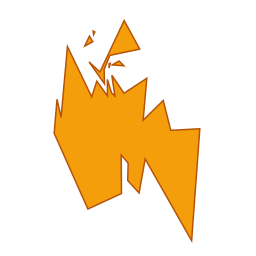 SVG path tracing the border of Highland, rotated 95°
{"feature_id": "GBR-2745", "entity_name": "Highland", "entity_type": "Unitary District", "adm_level": 1, "iso_a3": "GBR", "parent_name": "United Kingdom", "parent_adm1": "", "projection": "natural_earth1", "projection_center": [-5.279, 57.587], "detail": "coarse", "context": "isolated", "style": "filled", "palette": "amber", "viewbox_px": 256, "rotation_deg": 95, "n_neighbors": 0, "source": "natural_earth", "source_scale": "10m", "svg_char_len": 737}
<svg xmlns="http://www.w3.org/2000/svg" viewBox="0 0 256 256"><g transform="rotate(95 128 128)"><path d="M105.6,201.2L123.3,195.6L52.2,195.4L100.1,166.9L84.1,163.1L97.8,151.3L81.4,152.8L94.4,147.5L97.4,143.8L76.9,148.7L93.7,135.0L76.8,113.6L118.9,113.6L97.5,95.3L126.6,85.2L122.5,56.4L234.7,54.8L157.4,108.2L191.8,111.3L180.4,123.7L163.0,124.8L155.5,132.4L193.8,128.8L212.2,160.9L139.7,201.1L105.6,201.2ZM74.7,160.9L21.3,141.2L48.4,123.2L57.2,152.3L71.6,156.9L86.0,155.3L65.5,172.6L74.7,160.9ZM45.1,170.6L50.1,178.2L39.8,174.4L45.1,170.6ZM66.5,149.2L62.0,142.7L66.4,137.5L66.5,149.2ZM70.0,152.2L65.5,152.4L65.1,151.4L70.0,152.2ZM34.5,171.2L35.2,169.4L37.9,170.4L34.5,171.2Z" fill="#f59e0b" stroke="#b45309" stroke-width="1.5"/></g></svg>